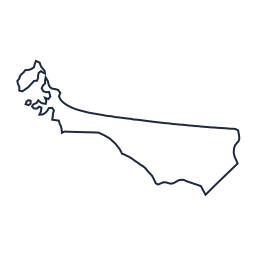 Arraial do Cabo, Rio de Janeiro, Brazil (Natural Earth projection), rotated 181°
{"feature_id": "56859067B77221127039248", "entity_name": "Arraial do Cabo", "entity_type": "district", "adm_level": 2, "iso_a3": "BRA", "parent_name": "Brazil", "parent_adm1": "Rio de Janeiro", "projection": "natural_earth1", "projection_center": [-42.098, -22.939], "detail": "fine", "context": "isolated", "style": "outline", "palette": "slate", "viewbox_px": 256, "rotation_deg": 181, "n_neighbors": 0, "source": "geoboundaries", "source_scale": "gbopen_adm2", "svg_char_len": 2517}
<svg xmlns="http://www.w3.org/2000/svg" viewBox="0 0 256 256"><g transform="rotate(181 128 128)"><path d="M17.9,127.6L20.7,128.9L23.4,129.1L26.5,129.1L29.5,129.4L31.9,129.5L34.2,129.6L37.5,129.7L41.2,130.0L44.4,130.0L47.6,130.3L50.1,130.4L52.4,130.6L54.8,130.7L57.2,131.0L59.5,131.1L61.6,131.2L64.1,131.5L66.5,131.5L69.8,131.9L72.7,132.2L76.3,132.3L79.8,132.6L83.1,132.8L85.4,133.1L87.9,133.4L91.0,133.5L94.1,133.8L97.7,134.2L101.5,134.5L105.6,135.0L108.5,135.3L111.3,135.6L114.6,136.0L117.4,136.3L120.0,136.5L122.6,136.6L125.1,137.2L128.8,137.5L131.8,137.8L134.7,138.1L137.8,138.5L140.5,138.6L142.8,139.1L145.4,139.5L148.1,139.6L151.3,140.1L154.4,140.7L156.7,141.0L159.2,141.4L162.1,141.8L166.0,142.4L169.0,143.0L171.9,143.7L175.3,144.5L178.0,145.2L180.9,146.0L182.9,146.8L184.9,147.6L187.2,148.7L189.5,149.9L191.3,151.0L193.4,152.6L195.7,154.9L197.6,158.5L196.3,161.9L198.6,164.9L201.8,165.7L204.8,166.1L206.7,167.5L208.0,169.7L208.9,173.3L211.2,177.2L211.8,173.6L211.7,171.1L213.8,169.0L215.0,166.2L213.4,163.4L211.0,162.4L207.5,162.6L206.2,158.2L208.1,155.5L211.5,156.8L210.1,153.7L210.7,150.7L213.6,151.1L215.7,151.9L218.2,154.1L219.8,151.4L223.0,150.0L224.3,147.9L222.6,146.0L219.5,145.8L217.3,147.8L214.9,146.8L215.4,142.7L216.8,139.8L213.3,140.1L210.7,141.9L209.1,143.7L207.5,146.5L204.2,146.8L202.3,144.1L203.2,141.5L203.4,138.6L203.9,135.0L201.0,134.6L197.3,134.2L196.4,131.0L195.2,128.9L194.4,125.9L194.0,122.0L191.6,123.3L178.4,123.1L162.8,123.0L157.7,122.9L155.4,122.0L151.8,120.4L146.1,117.2L140.4,112.2L135.9,106.6L133.4,102.0L131.3,101.6L129.2,100.4L126.2,99.1L124.1,97.8L121.6,96.1L119.4,94.6L117.2,93.2L114.9,91.5L112.3,90.1L109.7,87.9L107.5,85.2L105.1,82.7L103.2,80.8L101.9,78.6L100.6,75.9L99.3,73.2L96.9,72.0L94.5,73.1L91.5,74.4L88.5,74.2L86.5,73.5L84.1,73.1L81.6,73.6L78.7,75.3L76.2,76.7L74.2,77.1L71.3,77.1L68.5,75.8L54.1,71.2L49.3,62.6L40.7,71.5L17.8,94.4L19.4,98.1L20.9,101.1L21.9,105.3L21.6,109.6L20.6,112.6L19.1,114.6L17.3,116.6L16.5,119.2L16.9,122.9L17.9,127.6ZM233.4,181.7L235.2,180.2L236.8,178.2L237.7,175.3L239.5,173.0L238.7,169.9L237.4,167.2L237.3,163.5L234.2,162.8L232.1,164.4L229.8,166.0L227.8,167.7L225.8,170.0L222.8,173.4L219.9,173.7L218.8,176.3L218.8,179.1L218.2,181.6L216.1,183.3L214.3,182.1L212.0,181.1L212.4,183.6L214.0,185.6L216.0,187.9L217.5,191.8L221.2,193.4L222.5,189.8L223.0,187.1L225.8,185.2L228.9,184.2L231.7,184.1L233.4,181.7ZM229.8,152.9L230.8,150.0L227.6,149.2L225.8,150.6L225.8,153.5L227.8,154.1L229.8,152.9Z" fill="none" stroke="#1e293b" stroke-width="2"/></g></svg>